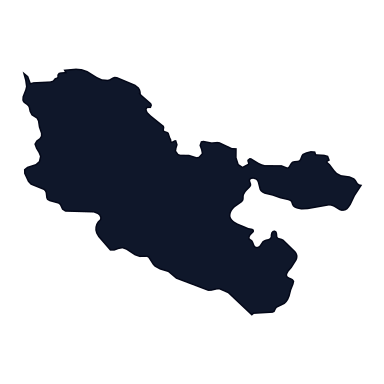 Moselle, Equal Earth projection
{"feature_id": "FRA-5328", "entity_name": "Moselle", "entity_type": "Metropolitan department", "adm_level": 1, "iso_a3": "FRA", "parent_name": "France", "parent_adm1": "", "projection": "equal_earth", "projection_center": [6.833, 49.011], "detail": "fine", "context": "isolated", "style": "filled", "palette": "ink", "viewbox_px": 384, "rotation_deg": 0, "n_neighbors": 0, "source": "natural_earth", "source_scale": "10m", "svg_char_len": 3782}
<svg xmlns="http://www.w3.org/2000/svg" viewBox="0 0 384 384"><path d="M105.7,80.3L107.4,80.5L109.5,80.1L113.2,78.0L114.8,77.5L117.0,77.8L134.9,85.3L138.3,88.0L139.5,90.1L140.0,92.1L140.1,93.5L139.7,93.6L141.0,95.3L150.6,103.7L151.2,105.2L150.4,107.3L146.9,107.4L145.8,109.7L147.0,112.6L150.3,115.9L163.3,126.4L163.6,127.5L163.2,130.0L163.5,131.1L164.5,131.7L167.2,132.6L168.1,133.3L169.6,137.9L170.2,139.0L170.5,139.5L170.8,141.5L171.4,142.4L172.2,142.3L174.9,140.9L175.7,140.9L176.9,144.8L175.9,148.0L175.4,151.1L177.9,154.6L180.2,155.4L188.9,155.5L196.6,157.9L199.1,157.4L202.5,153.6L201.7,149.5L200.2,145.4L201.4,141.9L203.4,141.5L211.6,143.1L217.3,142.6L219.4,142.9L231.7,148.7L236.0,148.9L235.9,157.7L238.1,164.6L242.5,167.5L248.5,164.3L248.8,163.0L248.2,161.7L248.0,160.3L249.8,158.8L250.9,158.9L258.4,163.5L261.5,164.9L264.6,165.8L281.5,165.9L286.8,168.0L288.0,168.1L289.2,167.1L291.3,163.6L292.5,162.3L294.2,161.8L298.3,161.4L299.7,160.8L300.7,159.4L302.1,155.8L303.0,154.5L306.3,153.0L307.1,152.8L310.9,151.8L314.7,152.1L315.6,154.9L324.1,155.4L327.6,156.4L329.0,160.1L327.5,160.9L327.0,161.4L326.7,162.3L329.4,164.7L333.9,170.7L336.5,173.5L340.8,175.8L349.4,177.0L353.8,178.9L355.2,180.4L357.2,183.7L359.0,185.0L361.0,185.4L354.4,195.5L350.2,204.3L348.5,206.8L346.9,208.7L345.2,209.7L343.3,210.1L341.4,210.1L339.7,209.5L334.4,206.2L332.5,205.4L330.7,204.9L328.7,204.8L307.7,208.5L301.4,208.8L297.2,207.9L295.1,207.1L293.5,205.9L292.6,204.3L292.1,202.7L291.5,201.2L290.1,200.2L288.3,199.5L280.4,197.7L272.8,195.0L264.8,193.1L262.7,192.0L261.1,190.7L260.2,189.2L258.4,182.0L257.6,180.3L256.3,179.0L253.3,178.0L251.1,178.3L249.6,179.4L249.4,180.9L250.5,184.2L250.4,185.6L249.3,187.1L246.3,190.1L245.0,191.6L243.4,194.4L243.3,194.8L243.1,195.6L243.0,196.8L243.0,198.1L242.9,199.2L242.6,200.2L241.5,201.6L234.3,206.7L232.5,208.6L231.2,210.4L230.4,212.1L229.9,213.7L229.7,215.3L229.8,216.8L230.4,218.4L231.5,220.0L232.9,221.4L234.1,222.3L237.2,224.1L248.2,228.7L252.0,229.4L253.2,230.2L253.2,231.6L250.0,234.8L248.9,236.9L248.9,238.7L250.2,239.8L251.6,240.7L252.5,242.2L253.7,245.3L254.5,246.7L256.1,247.6L257.9,247.5L259.7,246.6L260.8,245.1L263.1,241.7L264.7,240.8L266.2,240.2L268.7,239.7L270.4,238.7L271.4,237.1L271.4,235.1L271.9,232.9L273.0,231.6L274.4,231.2L275.7,231.8L276.3,233.1L276.5,234.5L276.6,236.0L276.8,237.3L277.9,238.5L281.3,239.4L283.0,240.2L294.1,251.0L295.3,252.3L296.1,253.7L296.6,255.1L296.8,256.0L296.7,257.3L296.6,258.1L296.0,259.8L291.2,267.4L288.0,271.1L286.5,273.9L286.4,275.7L287.2,277.1L288.8,278.1L290.8,278.9L292.4,279.8L293.5,281.3L292.9,284.0L290.6,289.8L289.0,296.0L287.6,299.3L286.1,301.5L284.3,303.3L276.4,307.2L275.4,308.5L274.0,311.4L272.4,312.1L253.6,313.2L251.8,314.7L228.4,292.6L219.5,288.7L216.8,288.8L211.2,290.1L208.3,290.2L176.4,278.1L168.5,271.4L160.2,268.9L155.1,266.1L153.4,264.3L148.7,257.0L147.0,256.2L139.7,256.3L135.1,254.7L126.6,249.1L122.5,247.6L118.3,248.4L114.3,249.9L110.4,249.9L98.8,236.5L96.8,233.0L96.0,230.0L96.1,227.1L96.9,224.3L98.4,221.8L100.3,220.1L100.8,219.1L100.9,217.4L99.9,215.1L98.1,213.5L93.9,211.8L65.5,211.0L62.6,209.1L60.5,204.5L58.7,203.0L49.9,200.6L47.6,199.3L46.9,197.7L46.3,192.6L45.5,190.8L44.2,189.4L31.1,184.1L28.5,181.3L24.8,173.4L24.7,169.7L27.6,167.4L36.0,164.7L39.5,161.6L40.7,156.3L39.2,152.5L36.6,148.2L35.1,144.1L36.9,141.0L40.1,138.7L41.6,136.2L41.6,133.2L39.5,127.0L38.6,120.9L37.1,118.0L32.0,114.8L30.2,111.3L29.4,107.4L28.7,105.9L27.2,104.4L24.8,102.7L23.7,101.7L23.0,100.1L23.2,96.8L25.9,89.9L26.7,86.6L25.8,80.2L24.0,73.6L27.7,76.7L30.3,83.8L33.7,82.9L50.4,82.1L53.3,81.2L55.2,78.8L57.6,78.0L58.1,76.7L58.0,75.1L59.1,73.5L60.5,73.1L66.0,72.6L64.7,70.3L76.0,69.3L81.6,69.8L86.9,71.6L87.3,71.8L96.6,77.6L101.8,80.0L105.7,80.3Z" fill="#0f172a" stroke="#020617" stroke-width="1.5"/></svg>